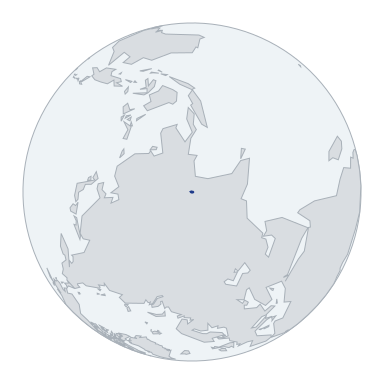 the Earth from above Gasa, rotated 207°
{"feature_id": "BTN-2437", "entity_name": "Gasa", "entity_type": "District", "adm_level": 1, "iso_a3": "BTN", "parent_name": "Bhutan", "parent_adm1": "", "projection": "orthographic", "projection_center": [89.927, 28.037], "detail": "fine", "context": "on_globe", "style": "filled", "palette": "blue", "viewbox_px": 384, "rotation_deg": 207, "n_neighbors": 0, "source": "natural_earth", "source_scale": "10m", "svg_char_len": 11155}
<svg xmlns="http://www.w3.org/2000/svg" viewBox="0 0 384 384"><g transform="rotate(207 192 192)"><circle cx="192" cy="192" r="169" fill="#eef3f6" stroke="#a8b0b8"/><path d="M255.4,35.4L254.0,35.2L261.0,40.7L268.2,44.6L262.7,42.4L279.8,52.0L286.9,58.5L275.8,49.9L272.3,48.2L275.5,51.8L272.6,50.9L272.4,52.3L268.7,51.0L262.5,46.6L259.9,45.9L262.4,48.5L260.1,49.3L256.9,45.5L252.6,46.6L241.5,40.6L236.1,33.2L226.8,30.5L212.9,25.4L211.1,25.6L204.7,24.5L200.2,24.4L198.9,23.9L196.4,24.4L198.4,24.9L198.0,25.4L195.5,25.6L193.4,24.8L194.4,24.6L192.5,24.5L192.5,24.1L191.1,24.4L188.9,23.8L187.4,24.7L182.5,24.5L182.1,24.1L187.0,23.7L196.0,23.1L208.2,23.8L220.3,25.4L232.2,27.9L243.9,31.2L255.4,35.4ZM174.8,23.9L175.7,23.8L170.1,24.5L163.4,25.5L162.6,25.6L174.8,23.9ZM156.7,26.8L156.0,26.9L153.8,27.4L156.7,26.8ZM274.1,48.0L272.0,46.2L275.0,48.3L274.1,48.0ZM273.1,52.7L274.6,53.6L273.9,54.0L273.1,52.7ZM178.6,23.6L177.2,23.7L177.5,23.7L178.6,23.6ZM181.0,23.4L182.4,23.3L183.7,23.3L182.9,23.3L181.0,23.4ZM267.5,52.5L265.9,53.1L266.4,51.7L267.5,52.5ZM179.1,23.7L185.9,23.2L188.3,23.1L186.9,23.5L179.1,23.7ZM264.2,53.0L260.4,54.9L263.5,56.8L252.6,52.8L259.5,52.2L259.7,50.1L261.6,52.0L264.2,53.0ZM200.1,25.0L197.9,24.5L202.0,24.9L200.1,25.0ZM202.9,25.2L216.4,26.5L218.5,27.7L213.6,26.9L218.2,28.6L212.6,28.5L208.8,27.5L208.5,26.7L206.6,27.4L202.9,25.2ZM247.3,50.5L245.5,50.4L246.2,49.7L247.3,50.5ZM198.2,25.6L200.7,25.6L202.7,26.6L198.0,26.8L198.9,26.4L198.2,25.6ZM222.1,29.3L222.8,30.2L218.5,30.3L218.1,30.8L212.6,28.6L222.1,29.3ZM197.1,26.3L195.6,26.9L192.4,26.7L195.8,25.7L197.1,26.3ZM205.2,26.9L206.0,27.4L204.0,27.1L205.2,26.9ZM180.1,26.7L183.1,26.4L184.4,26.9L180.1,26.7ZM195.2,27.2L196.3,27.3L197.2,27.5L195.5,27.9L195.2,27.2ZM210.0,29.0L208.0,28.9L212.0,29.9L208.9,30.2L205.8,28.8L205.8,29.6L204.9,29.7L203.4,28.5L210.0,29.0ZM196.4,29.1L191.4,27.8L185.5,28.1L184.2,27.7L193.8,27.3L196.4,29.1ZM200.6,28.8L197.7,28.8L197.5,28.1L199.4,27.6L200.6,28.8ZM207.9,31.1L213.5,30.9L214.0,31.2L207.9,31.1ZM194.7,29.3L195.9,29.6L194.3,29.4L194.7,29.3ZM203.9,30.6L205.8,30.4L206.3,30.8L203.9,30.6ZM196.9,30.5L195.2,30.0L196.5,29.6L196.9,30.5ZM200.1,30.7L200.3,31.2L197.9,29.8L200.9,30.5L200.1,30.7ZM204.1,31.0L205.0,31.2L203.2,31.0L204.1,31.0ZM193.0,32.5L189.7,30.8L192.4,29.8L195.3,31.6L193.0,32.5ZM44.1,110.4L55.6,98.3L54.0,103.7L59.6,112.0L59.4,114.8L53.9,121.0L54.2,139.3L60.0,135.7L65.1,148.5L71.7,153.2L82.7,140.6L72.0,132.6L75.0,124.3L87.4,124.8L97.5,132.6L99.0,129.7L96.7,119.6L103.1,116.5L96.4,115.7L96.0,119.6L91.8,119.4L91.8,116.0L94.1,114.9L92.3,111.6L81.9,118.3L80.4,123.0L73.0,119.0L69.9,126.6L66.4,128.0L70.4,115.9L73.2,112.7L77.2,97.9L73.6,100.7L69.6,115.1L69.0,112.9L64.1,117.7L67.4,112.3L72.7,96.6L68.8,93.4L56.6,100.6L55.8,98.5L58.4,92.8L70.1,80.8L70.5,87.1L74.7,83.6L80.8,75.9L80.4,78.6L82.9,76.5L83.7,78.8L90.9,76.7L92.6,78.8L101.3,73.2L103.3,73.7L97.6,76.7L94.5,80.3L99.5,86.3L102.2,86.1L107.4,82.1L108.1,84.6L112.6,80.1L118.3,82.2L115.1,76.1L121.1,72.1L127.8,71.1L129.2,68.9L118.4,70.6L114.6,72.4L112.3,75.5L101.4,80.4L98.4,79.5L107.6,70.8L104.4,68.9L112.9,63.7L137.0,61.1L144.0,63.0L143.2,74.3L138.2,75.9L136.0,72.4L132.6,79.2L135.5,76.9L136.0,79.2L142.0,76.5L142.7,78.1L147.2,73.2L148.8,74.8L145.9,77.9L156.0,76.0L160.7,78.9L162.7,77.8L163.4,75.8L169.0,81.2L170.2,80.2L168.8,78.0L170.3,74.7L175.2,71.1L176.8,73.2L175.3,74.7L174.6,81.4L170.3,85.6L171.5,86.2L175.6,83.0L176.4,74.8L178.9,72.1L179.2,75.8L179.3,74.2L181.0,73.6L184.2,75.0L184.2,71.0L201.0,62.7L208.9,65.1L207.4,68.9L220.8,66.9L228.7,70.8L227.5,68.6L233.1,66.8L230.7,65.5L230.5,64.4L243.7,60.4L248.1,61.4L252.4,58.2L251.7,57.3L248.7,56.2L252.6,52.8L263.5,56.8L264.4,58.8L270.5,60.4L271.7,64.9L275.6,69.6L273.4,74.3L276.6,78.0L278.7,78.3L284.6,84.0L289.8,95.7L276.6,85.0L267.1,69.4L270.2,75.4L266.8,73.8L266.3,76.0L268.7,80.5L270.6,81.1L260.7,89.1L261.2,102.6L267.7,100.9L272.9,104.4L279.1,120.7L271.3,145.0L278.1,151.8L279.3,156.7L275.0,160.4L273.2,153.2L267.8,151.3L267.5,147.0L260.0,151.3L259.1,145.3L253.7,152.0L257.0,156.5L263.9,154.5L259.6,163.5L268.1,171.0L270.4,181.0L260.2,200.1L248.0,206.7L247.5,209.9L242.1,206.8L235.7,213.5L246.6,230.2L246.6,235.3L235.9,245.5L235.5,241.8L221.0,233.5L218.9,245.4L229.9,254.7L233.7,265.6L225.5,262.6L221.6,252.9L216.5,249.6L217.4,239.3L212.4,223.9L204.1,226.9L204.3,220.6L196.1,207.5L183.9,211.1L164.9,226.5L162.9,242.1L156.1,248.2L146.2,224.2L145.2,208.3L139.4,208.8L131.0,193.7L110.2,187.5L109.2,182.9L104.8,183.6L99.2,177.3L98.5,169.9L94.2,168.7L96.7,188.4L101.5,189.8L108.3,185.0L107.9,191.4L113.6,198.9L100.2,210.2L72.5,212.8L73.2,200.5L69.4,161.8L71.4,158.6L71.5,158.2L71.7,157.4L67.9,162.1L68.4,154.8L66.8,180.4L65.1,190.3L72.1,213.3L70.6,214.5L73.9,219.9L88.4,221.5L87.8,225.2L78.8,239.7L61.6,254.3L65.9,270.6L67.9,282.6L61.5,285.2L66.5,295.1L63.8,295.3L66.6,300.3L66.9,303.2L65.9,304.0L61.5,299.4L52.4,287.2L44.4,274.3L33.5,250.2L31.5,241.5L29.4,232.3L25.1,207.1L25.8,197.6L25.5,191.4L24.4,189.2L24.5,181.8L24.2,179.5L24.0,174.4L25.9,161.0L28.9,147.8L33.0,135.0L38.0,122.4L44.1,110.4ZM45.7,109.7L44.0,112.2L44.0,112.3L45.7,109.7ZM104.6,148.7L112.9,153.0L115.1,142.4L118.5,143.3L118.0,139.5L115.2,141.6L114.9,131.7L120.6,130.8L122.6,126.6L120.0,125.1L109.6,128.5L109.9,142.4L105.5,145.2L104.6,148.7ZM96.2,63.7L94.5,66.0L91.2,67.7L89.1,66.3L93.8,63.7L96.2,63.7ZM92.8,69.0L102.5,61.6L104.2,62.5L101.6,63.2L101.7,64.6L97.6,66.0L89.8,74.8L86.4,77.0L84.3,72.4L86.8,72.5L88.4,70.1L92.8,69.0ZM124.2,44.8L128.4,42.7L126.6,47.4L122.9,48.9L120.5,47.2L123.6,44.6L124.2,44.8ZM175.4,24.8L177.1,24.5L177.7,24.6L176.7,25.0L175.4,24.8ZM181.4,26.6L168.4,26.6L169.8,26.2L160.6,27.4L160.5,26.7L166.5,25.9L159.5,26.5L164.9,25.5L159.8,26.2L173.0,24.4L177.5,23.9L172.5,24.6L172.5,25.2L173.8,25.3L180.9,25.3L190.6,24.9L192.1,25.7L190.6,26.5L188.5,26.7L188.2,26.0L185.6,26.8L183.6,26.0L181.4,26.6ZM172.0,40.5L172.5,38.6L167.0,42.1L164.9,40.4L164.4,40.9L161.0,40.5L155.9,41.1L155.7,40.1L153.8,40.8L151.5,40.7L148.8,41.3L147.5,40.1L144.1,40.8L145.4,39.8L140.0,41.6L143.4,39.8L140.8,39.8L138.9,41.5L138.0,35.3L135.1,34.8L130.7,35.6L137.1,32.9L145.3,30.8L153.4,29.7L155.4,30.8L157.9,29.7L159.6,30.0L156.9,30.7L162.1,29.8L162.7,30.3L169.9,30.7L177.0,29.5L179.8,29.8L177.4,30.5L181.9,30.4L179.2,32.1L181.1,32.4L180.4,34.8L174.5,36.4L177.1,36.7L176.7,38.7L172.0,40.5ZM192.6,33.2L186.1,35.0L181.7,35.1L184.9,31.1L183.5,30.6L185.3,28.5L191.6,28.4L190.5,29.0L190.9,29.5L188.8,29.3L190.7,29.9L189.3,30.8L190.4,31.6L188.0,31.9L192.6,33.2ZM62.3,113.6L62.8,115.0L64.2,116.5L61.1,119.7L62.3,113.6ZM65.7,102.8L66.6,103.4L62.9,108.2L62.5,106.9L65.7,102.8ZM70.1,99.8L66.9,103.0L68.4,100.5L70.1,99.8ZM98.7,77.2L100.0,77.7L98.9,78.8L96.8,79.8L98.7,77.2ZM155.2,52.2L156.2,50.6L157.3,50.6L162.2,47.9L164.1,49.1L161.9,51.2L155.2,52.2ZM79.1,141.7L75.4,143.0L75.2,141.0L76.5,140.9L79.1,141.7ZM66.4,131.0L67.9,135.2L65.6,131.8L66.4,131.0ZM158.1,53.1L159.9,51.8L159.7,53.2L158.1,53.1ZM165.8,50.0L166.1,51.4L164.9,49.0L165.8,50.0ZM152.0,352.9L155.3,354.1L152.6,353.7L152.0,352.9ZM88.4,290.3L87.8,307.7L82.0,305.1L78.1,298.5L76.3,287.1L82.1,286.5L84.2,282.0L88.4,290.3ZM272.9,285.2L277.3,285.0L277.1,285.6L272.9,285.2ZM268.3,283.8L273.5,283.1L267.3,285.4L268.3,283.8ZM275.5,282.8L280.8,280.5L283.0,279.0L282.6,280.4L275.5,282.8ZM264.7,284.5L244.7,286.8L236.7,285.8L238.7,283.2L251.7,282.5L264.7,284.5ZM238.0,283.2L225.6,277.0L207.7,256.5L214.1,256.8L232.6,268.8L231.5,271.1L239.0,276.1L238.0,283.2ZM267.7,266.8L266.5,273.5L255.6,274.5L250.5,274.0L247.1,266.0L249.0,261.5L253.2,261.2L268.7,244.1L274.2,246.9L269.6,254.0L274.1,259.1L267.7,266.8ZM163.7,243.7L167.8,253.3L164.0,254.4L163.7,243.7ZM274.5,232.5L268.5,240.2L273.8,230.3L274.5,232.5ZM277.3,223.4L277.9,226.8L275.1,223.9L277.3,223.4ZM247.8,214.8L243.4,216.0L243.1,213.5L248.5,210.5L247.8,214.8ZM272.0,189.5L272.8,196.8L272.3,199.5L269.9,195.3L272.0,189.5ZM177.1,64.7L168.2,66.7L163.0,69.7L162.1,73.4L159.5,69.4L167.5,64.8L177.1,64.7ZM197.8,62.6L198.6,59.8L200.8,60.7L200.9,61.5L197.8,62.6ZM196.5,61.1L192.6,58.3L194.7,56.6L197.3,59.1L196.5,61.1ZM175.0,54.9L172.3,55.3L172.4,54.0L175.0,54.9ZM293.7,326.8L296.7,323.9L300.8,321.1L296.4,324.8L293.7,326.8ZM287.3,320.7L257.1,335.0L251.3,335.3L254.4,331.9L252.3,323.1L254.3,323.0L255.0,316.2L273.8,306.4L287.7,291.1L296.3,289.6L303.9,278.3L312.1,276.1L308.6,284.3L315.8,285.7L323.9,267.0L325.2,281.9L328.4,284.7L325.5,293.4L308.3,314.1L301.3,320.1L301.4,319.5L298.1,322.1L295.0,323.5L296.1,319.8L292.7,322.4L297.2,317.7L291.8,322.5L291.5,320.2L287.3,320.7ZM344.6,263.7L345.0,263.3L344.6,264.6L344.0,265.5L344.6,263.7ZM350.5,249.6L350.4,250.2L350.1,251.0L350.5,249.6ZM350.4,249.7L351.2,247.5L350.7,249.2L350.4,249.7ZM349.6,244.4L350.2,243.0L350.2,243.5L349.6,244.4ZM283.8,283.7L290.3,277.4L293.5,276.2L283.8,283.7ZM349.3,243.1L348.2,244.1L348.5,243.1L349.3,243.1ZM349.7,240.8L349.7,239.6L350.0,242.0L349.7,240.8ZM347.9,240.0L349.0,241.0L347.7,240.4L347.9,240.0ZM346.9,241.1L345.9,240.9L346.1,240.5L346.9,241.1ZM332.8,252.4L336.9,257.5L333.0,259.7L328.9,257.2L324.6,263.7L315.6,266.7L318.0,262.9L317.0,258.9L307.1,260.6L305.1,258.2L308.8,255.1L301.9,254.7L309.5,251.1L312.4,256.3L316.5,250.0L323.3,248.6L329.5,247.9L334.0,250.0L332.8,252.4ZM309.1,264.6L310.4,264.2L309.1,266.3L309.1,264.6ZM344.0,239.3L345.5,241.0L345.2,241.8L344.4,242.0L344.0,239.3ZM335.2,248.3L340.2,240.5L341.3,239.9L337.9,247.5L335.2,248.3ZM339.2,237.9L341.4,237.3L342.4,239.4L341.9,240.4L339.2,237.9ZM293.7,263.4L293.3,265.2L291.3,264.4L293.7,263.4ZM296.4,261.7L302.4,261.9L295.8,263.3L296.4,261.7ZM277.1,260.0L279.0,263.7L285.0,259.9L280.4,264.6L284.3,270.4L282.8,273.1L279.0,266.8L277.4,274.5L274.7,274.8L273.4,268.8L276.2,260.4L278.9,256.7L289.6,253.1L277.1,260.0ZM296.4,256.8L294.8,252.4L296.0,248.9L297.8,251.0L296.4,256.8ZM289.6,241.9L284.8,237.1L280.8,240.2L288.7,230.4L292.0,236.6L289.6,241.9ZM285.1,230.1L281.4,232.9L285.0,227.4L285.1,230.1ZM280.2,231.2L279.5,227.2L282.6,227.2L280.2,231.2ZM287.1,229.9L287.3,222.9L289.1,226.6L287.1,229.9ZM277.4,218.4L284.6,223.8L275.8,222.6L274.0,209.4L277.7,208.4L277.4,218.4ZM289.1,160.2L287.5,156.6L290.4,155.0L290.7,157.9L289.1,160.2ZM298.3,147.6L290.6,153.4L284.1,158.6L286.8,159.8L286.5,166.7L281.8,161.4L285.3,153.1L290.5,150.4L290.0,144.9L292.9,140.3L290.3,133.8L291.1,130.6L295.1,135.7L298.3,147.6ZM288.9,131.2L285.3,119.7L291.4,119.9L293.5,122.5L292.6,127.5L289.5,127.1L288.9,131.2ZM286.2,117.1L283.1,116.8L271.3,101.8L270.3,98.8L282.5,109.6L280.3,109.9L282.1,113.8L286.2,117.1ZM246.7,51.4L245.6,50.5L247.5,51.1L246.7,51.4ZM229.0,63.7L229.1,62.3L231.3,62.8L229.0,63.7ZM230.5,58.8L227.9,59.1L230.0,57.9L230.5,58.8ZM222.3,60.3L226.6,58.9L223.5,61.5L222.3,60.3Z" fill="#d9dde1" stroke="#a8b0b8" stroke-width="1"/><path d="M190.7,192.1L190.8,192.0L190.8,191.9L191.0,191.7L191.5,191.6L191.6,191.4L191.8,191.3L191.8,191.2L192.0,191.2L192.4,191.1L192.5,191.1L192.8,191.1L192.9,191.3L193.0,191.4L193.1,191.2L193.3,191.3L193.5,191.4L193.7,191.5L193.4,191.9L193.2,192.0L193.1,192.3L192.9,192.4L192.8,192.2L192.7,192.2L192.6,192.3L192.5,192.5L192.4,192.5L192.2,192.6L191.9,192.6L191.7,192.6L191.6,192.8L191.4,192.9L191.2,192.9L190.9,192.8L190.9,192.7L191.0,192.4L190.9,192.4L190.9,192.2L190.7,192.1L190.7,192.1Z" fill="#3b82f6" stroke="#1e3a8a" stroke-width="1.5"/></g></svg>